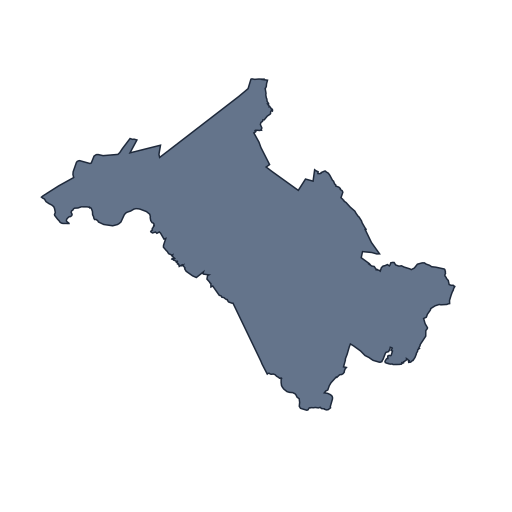 outline of Baia, Tulcea, Romania, rotated 151°
{"feature_id": "2599482B30958520247862", "entity_name": "Baia", "entity_type": "district", "adm_level": 2, "iso_a3": "ROU", "parent_name": "Romania", "parent_adm1": "Tulcea", "projection": "equal_earth", "projection_center": [28.628, 44.749], "detail": "fine", "context": "isolated", "style": "filled", "palette": "slate", "viewbox_px": 512, "rotation_deg": 151, "n_neighbors": 0, "source": "geoboundaries", "source_scale": "gbopen_adm2", "svg_char_len": 6095}
<svg xmlns="http://www.w3.org/2000/svg" viewBox="0 0 512 512"><g transform="rotate(151 256 256)"><path d="M174.7,413.1L181.8,406.2L193.6,403.9L292.5,388.9L291.6,392.0L285.8,399.2L316.2,407.3L303.9,415.2L306.0,417.3L307.5,417.9L309.2,419.8L320.8,414.7L325.0,412.5L327.5,411.8L341.1,417.9L344.8,421.2L346.5,422.1L349.2,421.9L355.0,417.2L356.4,417.4L364.0,424.9L365.2,425.3L366.5,425.4L367.7,424.9L375.1,418.3L376.6,416.0L377.4,413.0L394.6,413.0L412.9,411.9L415.1,411.5L414.6,410.2L413.4,408.4L413.3,405.4L411.7,402.2L409.9,399.6L409.0,397.2L409.2,395.2L410.4,391.4L412.2,389.9L412.4,389.0L411.7,384.3L411.1,382.2L411.1,380.9L410.3,379.2L409.0,378.0L403.8,375.1L403.7,375.3L404.8,378.0L404.8,378.6L404.4,379.3L403.3,380.2L401.3,380.8L400.1,380.9L399.1,380.4L397.5,380.7L396.6,381.7L396.5,383.9L395.3,384.9L393.8,385.0L392.8,385.7L391.5,385.8L388.4,384.3L384.9,383.7L379.6,380.7L378.8,379.9L378.0,379.6L378.0,378.5L377.3,378.5L377.0,377.5L377.3,375.1L377.5,374.1L378.9,371.3L379.0,369.2L379.5,367.6L379.5,366.2L378.2,365.5L377.3,363.6L377.3,362.1L373.9,357.4L366.7,351.9L362.0,350.7L360.3,350.7L357.7,351.2L351.1,356.0L349.1,356.7L347.6,356.8L343.8,356.1L340.0,356.2L338.0,355.6L336.0,354.3L334.7,353.2L330.3,348.0L328.7,344.1L329.2,341.9L330.0,340.7L330.9,338.0L330.7,335.5L330.0,334.8L329.7,333.3L330.3,332.6L330.2,332.0L330.5,331.7L330.9,331.9L332.3,330.7L333.2,330.5L333.9,329.7L334.0,328.9L336.1,328.6L336.2,327.8L335.3,326.3L332.3,325.7L331.7,323.9L328.9,323.9L328.4,322.3L328.3,315.4L326.4,315.1L331.7,310.2L332.7,308.6L331.8,304.1L331.4,303.1L331.3,300.4L329.5,298.1L329.5,297.4L328.3,297.4L329.3,296.4L328.9,295.4L329.0,294.1L328.4,293.9L328.3,293.3L329.9,293.7L330.6,294.4L331.1,294.1L330.0,292.8L330.0,292.2L329.4,291.7L328.5,290.3L328.5,289.7L327.4,289.6L327.4,289.3L328.6,289.1L327.8,287.0L328.3,286.9L327.7,285.9L328.2,284.1L324.6,284.1L324.5,283.8L325.7,283.7L325.6,283.3L323.9,283.3L324.3,283.0L324.3,282.2L323.9,279.9L324.6,279.4L324.5,276.5L321.1,269.4L318.6,266.1L309.6,267.6L311.0,266.3L310.7,265.6L306.3,262.3L307.9,262.3L310.1,259.6L309.2,255.6L309.4,255.1L308.8,253.8L310.4,250.8L308.4,250.7L307.2,239.4L306.1,238.4L305.8,237.8L305.9,236.6L304.1,235.0L303.8,233.9L303.0,232.3L302.3,231.9L302.4,229.7L302.2,229.0L299.8,226.3L299.0,225.9L302.7,161.8L303.1,158.4L303.4,147.3L302.6,147.5L301.4,147.1L300.6,145.7L299.5,144.9L298.2,144.5L296.8,142.9L296.3,140.9L295.1,138.9L294.7,137.7L294.2,137.3L293.2,137.2L292.9,136.6L293.9,135.8L295.4,133.1L296.5,130.3L296.5,128.2L296.2,126.1L294.6,122.3L292.7,120.4L290.1,118.7L288.7,116.6L288.4,115.6L288.5,112.5L287.4,110.3L288.8,106.8L291.0,103.6L290.9,101.2L286.5,96.6L285.3,96.2L283.1,97.3L282.5,97.2L281.9,96.7L281.3,96.7L279.3,95.4L277.6,94.8L275.1,92.9L273.2,92.5L272.7,90.8L270.3,89.2L270.4,88.8L269.1,87.3L267.4,86.6L264.4,87.1L264.0,88.3L258.4,93.9L257.7,95.1L257.5,95.9L257.5,97.2L258.3,98.9L259.9,101.1L262.6,103.2L260.4,104.1L258.2,104.0L254.7,107.1L251.8,108.8L244.4,111.3L244.2,111.1L244.5,110.8L244.3,110.6L240.4,111.6L238.5,110.8L236.7,110.9L235.0,111.7L234.6,112.5L232.8,114.0L231.0,114.7L233.2,116.6L228.3,121.6L227.7,122.7L223.9,125.9L218.5,131.3L216.1,133.3L214.4,130.4L210.6,122.3L208.9,116.1L206.1,112.0L205.9,111.3L204.2,108.0L199.7,103.4L198.6,102.8L197.0,102.6L196.6,103.2L195.0,104.0L190.0,108.2L189.0,108.7L186.4,108.1L183.9,109.8L182.8,111.1L181.7,109.9L181.5,109.3L183.6,107.9L182.7,106.7L185.7,103.8L186.5,103.5L187.8,104.6L189.3,104.6L190.4,102.4L191.2,102.9L192.1,102.6L194.3,101.3L194.6,100.1L193.2,98.4L192.6,98.2L192.5,97.7L190.9,96.3L189.2,95.5L188.7,94.6L183.5,91.8L181.2,90.9L180.5,91.2L180.2,91.9L179.5,91.1L179.1,91.1L179.3,91.5L178.2,92.0L177.3,91.7L176.2,92.1L175.3,92.0L174.4,92.6L174.1,93.4L173.9,93.1L174.1,92.6L173.3,91.8L173.5,90.6L172.7,90.2L173.4,89.4L173.8,89.4L174.0,88.9L172.2,88.2L169.2,88.8L169.1,88.6L166.1,90.2L163.3,92.5L163.0,93.1L160.9,94.3L160.1,95.5L158.0,95.9L158.4,96.5L156.0,98.0L155.4,98.9L146.4,103.6L143.6,108.5L141.4,109.4L140.8,110.1L140.9,114.8L139.7,120.1L136.7,119.9L134.3,122.0L130.7,123.7L129.4,124.4L128.7,125.3L123.5,125.6L119.3,124.8L118.0,123.7L112.6,121.1L111.2,121.0L109.7,120.5L108.3,123.3L104.6,126.9L102.0,129.2L99.9,130.6L99.1,131.6L96.9,132.9L97.0,133.4L97.6,133.9L97.7,134.8L99.6,135.8L100.9,137.4L99.7,141.4L100.3,144.0L100.1,145.0L100.4,147.0L99.9,148.0L98.5,149.1L98.4,150.0L97.7,150.9L97.8,151.5L97.4,152.6L97.7,153.4L104.1,159.0L107.6,161.5L108.7,163.7L111.1,166.4L112.0,168.3L113.9,169.4L118.8,170.6L123.4,168.7L126.8,168.8L127.7,170.2L131.9,174.6L133.5,176.9L135.9,177.8L138.2,180.5L138.3,183.3L139.0,183.6L139.2,184.0L141.4,184.7L142.9,183.3L144.2,182.7L145.2,184.8L147.8,185.0L149.8,185.6L152.0,185.0L154.7,182.5L155.3,183.9L157.3,185.5L156.8,185.7L157.4,186.3L157.7,189.5L159.7,191.2L160.6,193.1L160.3,192.9L160.6,194.4L164.8,203.5L160.7,208.2L153.0,202.9L149.3,199.2L146.9,198.0L148.5,211.8L147.7,226.2L146.9,225.9L146.8,226.6L147.0,227.6L147.1,233.6L146.7,235.5L147.0,240.3L147.4,241.1L147.8,244.8L147.8,247.3L149.9,253.1L151.3,259.1L152.4,261.2L152.2,262.1L152.6,262.8L152.7,263.7L153.4,265.8L149.1,269.7L149.0,271.4L150.0,273.3L149.5,274.1L150.2,276.1L152.3,278.5L151.8,279.3L152.3,281.1L151.9,283.9L152.4,285.0L152.3,290.8L152.6,293.4L153.8,295.4L154.1,296.6L154.8,297.0L158.6,297.4L159.1,296.8L160.4,297.1L161.9,298.1L160.8,299.6L162.1,301.3L162.9,303.0L169.8,293.8L175.4,299.3L187.2,292.9L201.0,322.1L204.0,328.9L199.8,329.4L199.1,348.6L198.2,354.1L198.2,364.7L196.3,364.8L196.0,366.2L195.2,366.1L194.9,365.4L194.3,365.6L191.8,363.9L191.1,363.9L190.2,363.3L189.9,364.3L188.8,365.1L188.5,368.8L187.0,370.4L185.0,370.6L184.0,371.7L182.8,371.1L178.3,372.9L174.9,373.2L174.2,373.5L173.4,375.0L172.0,375.7L171.4,374.8L170.8,375.5L170.6,376.5L171.4,377.5L171.2,377.8L171.5,379.8L172.1,380.1L171.6,380.5L172.1,381.7L171.8,382.5L172.0,383.0L171.8,382.9L171.9,383.4L171.1,383.4L171.3,385.9L170.4,388.0L170.3,389.3L169.3,392.2L168.4,393.4L166.7,398.2L165.9,398.4L164.7,399.4L163.4,401.4L160.7,404.2L164.2,406.8L162.5,406.7L163.7,407.0L167.7,409.4L171.5,411.1L173.7,412.9L174.7,413.1Z" fill="#64748b" stroke="#1e293b" stroke-width="1.5"/></g></svg>